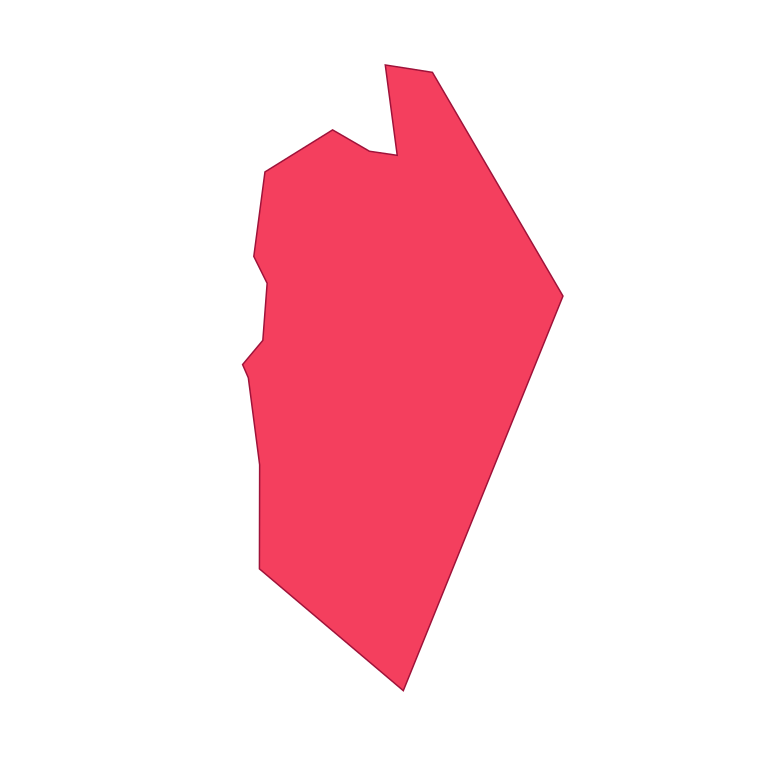 the district of Skagway, Alaska, United States of America, rotated 239°
{"feature_id": "52423323B42499529045056", "entity_name": "Skagway", "entity_type": "district", "adm_level": 2, "iso_a3": "USA", "parent_name": "United States of America", "parent_adm1": "Alaska", "projection": "equal_earth", "projection_center": [-135.23, 59.572], "detail": "fine", "context": "isolated", "style": "filled", "palette": "rose", "viewbox_px": 768, "rotation_deg": 239, "n_neighbors": 0, "source": "geoboundaries", "source_scale": "gbopen_adm2", "svg_char_len": 375}
<svg xmlns="http://www.w3.org/2000/svg" viewBox="0 0 768 768"><g transform="rotate(239 384 384)"><path d="M626.2,586.0L656.8,549.4L573.2,513.1L591.0,491.4L628.3,470.8L627.1,391.2L560.4,338.1L530.5,335.7L483.8,302.6L473.5,272.8L459.2,270.9L378.8,235.8L289.7,182.0L119.2,239.9L111.2,242.6L367.2,582.7L626.2,586.0Z" fill="#f43f5e" stroke="#9f1239" stroke-width="1.5"/></g></svg>